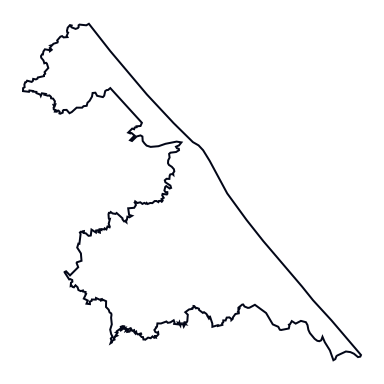 the district of Tecolutla, Veracruz, Mexico
{"feature_id": "50627088B65141848449255", "entity_name": "Tecolutla", "entity_type": "district", "adm_level": 2, "iso_a3": "MEX", "parent_name": "Mexico", "parent_adm1": "Veracruz", "projection": "natural_earth1", "projection_center": [-97.047, 20.419], "detail": "fine", "context": "isolated", "style": "outline", "palette": "ink", "viewbox_px": 384, "rotation_deg": 0, "n_neighbors": 0, "source": "geoboundaries", "source_scale": "gbopen_adm2", "svg_char_len": 5872}
<svg xmlns="http://www.w3.org/2000/svg" viewBox="0 0 384 384"><path d="M80.9,231.7L79.9,232.5L80.6,234.0L79.4,243.8L78.4,243.6L77.2,247.6L80.9,253.4L81.5,260.8L76.9,262.3L76.6,263.0L78.2,267.2L70.0,275.4L66.1,271.3L64.6,272.0L64.6,272.3L69.2,279.4L70.3,279.1L72.2,280.0L72.4,281.7L71.0,282.7L70.7,286.0L71.6,285.6L72.5,286.9L73.9,287.3L75.5,285.3L77.6,287.3L78.4,290.0L80.7,291.1L82.9,290.5L83.0,291.5L85.6,292.0L85.5,293.6L86.1,293.9L83.8,298.6L87.7,300.5L86.5,303.7L89.9,304.1L89.8,301.6L91.6,300.9L91.9,299.5L95.8,299.6L96.0,298.0L99.7,299.7L100.8,299.3L100.9,300.2L102.0,299.4L102.2,300.1L102.7,299.7L106.1,301.2L106.0,307.0L108.6,309.6L109.6,312.4L111.2,313.4L111.5,314.8L111.1,317.7L111.8,324.4L110.2,329.6L111.2,334.2L112.5,336.5L110.8,338.6L111.5,340.6L110.6,343.2L111.9,342.4L112.4,340.6L114.5,339.6L113.7,338.1L114.8,337.5L114.9,336.7L117.0,335.7L115.9,335.2L117.4,333.0L116.2,332.4L117.3,331.9L117.0,331.1L119.8,329.1L120.7,330.5L121.8,329.8L122.4,328.2L121.1,328.3L120.8,326.8L122.7,326.1L124.2,326.3L124.1,327.9L125.4,327.7L124.6,328.9L126.5,329.0L125.8,330.8L128.1,329.5L127.4,331.9L129.5,331.6L130.6,329.9L130.0,328.5L130.7,328.2L132.3,330.9L134.0,330.2L134.1,331.4L135.1,331.6L134.5,332.5L135.5,333.6L135.9,332.7L135.4,332.5L136.2,331.8L136.4,333.1L137.9,334.4L140.9,333.4L141.2,334.0L139.8,335.0L141.6,337.0L143.0,337.1L143.6,340.3L143.8,339.2L145.3,339.7L148.1,337.6L150.7,338.2L152.5,336.4L154.2,337.8L155.2,337.6L155.1,336.7L155.9,337.2L155.7,336.0L156.9,336.0L158.4,334.4L158.1,332.1L157.1,332.7L155.4,332.0L154.4,330.0L156.0,328.0L155.9,327.3L157.0,326.7L157.4,323.4L160.9,323.5L166.4,321.5L167.8,322.8L170.3,322.4L173.7,320.3L174.5,322.4L174.1,323.9L178.2,324.4L177.9,323.1L178.6,323.6L179.3,322.3L179.5,323.4L180.2,323.4L179.5,324.2L180.3,325.5L180.4,324.4L184.0,324.0L184.3,324.5L183.4,325.2L183.8,326.5L184.9,324.5L184.5,324.0L185.5,324.2L184.4,323.1L185.3,323.0L185.0,322.3L186.6,322.4L187.3,321.1L187.8,314.7L185.3,312.2L189.1,309.4L192.3,308.9L192.3,308.0L193.4,307.6L193.5,306.0L194.3,306.1L196.0,308.3L196.8,307.9L198.9,308.7L199.1,310.0L202.9,312.9L204.0,312.2L206.3,313.8L208.2,316.6L209.0,316.7L208.9,317.5L208.2,317.3L209.0,318.6L210.2,317.2L212.3,323.5L212.4,326.8L217.8,325.2L217.9,326.0L222.4,324.9L222.1,323.3L223.2,322.4L223.3,320.4L225.6,320.5L226.7,317.6L229.4,317.4L231.3,318.9L231.4,320.1L232.7,318.9L233.0,317.3L235.4,314.0L238.8,313.3L238.8,312.0L238.0,311.6L239.3,308.9L238.4,309.1L238.4,307.7L242.2,304.6L243.2,304.5L244.5,306.5L247.9,307.9L249.5,307.7L254.9,304.8L266.1,313.0L272.8,324.4L278.3,326.8L279.8,329.7L281.1,330.0L288.8,328.5L289.4,325.8L288.9,324.7L290.1,324.1L291.8,321.1L295.7,323.6L300.9,320.9L305.9,322.2L307.5,325.1L308.4,329.9L309.9,333.1L314.6,338.8L317.3,340.8L319.3,341.2L321.2,340.3L322.5,336.8L324.8,342.2L329.9,350.4L333.4,360.2L335.3,359.1L336.4,356.2L337.3,355.5L345.9,351.5L350.4,352.1L353.9,353.7L358.0,357.1L360.3,356.6L361.0,355.0L331.5,320.4L313.0,300.2L302.0,286.5L263.2,241.0L246.6,220.0L227.2,193.4L209.7,160.9L203.1,150.2L198.6,145.4L192.9,142.1L173.6,123.1L146.9,94.5L110.2,51.0L88.9,23.8L86.3,25.3L79.5,24.6L78.6,25.3L78.6,27.2L77.8,28.1L75.6,28.9L71.7,27.4L71.0,26.6L71.6,25.5L70.0,25.1L67.7,27.7L67.0,30.6L67.2,32.1L68.1,32.6L66.7,35.9L67.4,37.1L63.6,37.4L62.1,36.1L60.4,36.7L57.2,40.4L57.8,41.6L57.5,42.5L53.4,43.8L52.5,44.9L50.7,45.5L51.5,45.9L49.9,47.8L51.7,49.8L49.9,51.2L49.5,49.4L48.7,50.0L44.9,49.3L43.4,51.5L42.9,54.4L42.1,54.3L41.0,56.1L41.2,57.7L43.5,60.5L44.3,63.3L46.0,62.8L46.9,63.6L48.3,68.0L44.6,72.1L45.2,73.7L44.0,74.8L44.0,76.1L37.8,77.5L37.4,78.7L35.9,79.4L33.2,78.9L32.9,80.8L31.7,81.9L27.1,80.7L26.1,82.2L25.2,82.3L24.4,84.5L24.6,87.2L23.1,88.1L23.0,91.1L29.0,91.8L29.4,90.5L33.1,91.0L33.0,91.6L36.4,91.9L36.4,93.1L40.3,94.6L40.8,95.9L41.9,93.3L45.5,93.9L44.7,94.8L47.9,95.7L49.4,95.4L50.9,96.7L51.1,98.3L53.1,98.6L54.9,101.3L54.5,104.1L55.4,104.2L54.8,105.9L53.8,105.5L54.4,106.8L53.6,107.6L53.8,109.4L55.5,110.0L54.9,111.6L56.8,111.7L57.4,110.7L58.5,110.6L59.6,111.7L59.4,113.4L60.2,113.7L62.7,112.7L62.9,110.6L63.6,110.0L66.6,109.9L69.5,113.2L71.7,112.1L76.6,107.7L82.1,107.7L83.5,106.2L86.7,105.8L87.5,102.7L89.6,100.8L92.0,96.6L92.6,93.0L95.4,92.7L97.1,95.8L102.9,97.1L104.2,95.7L105.2,91.1L106.6,90.1L108.0,90.0L110.3,88.1L141.9,122.8L140.5,126.0L136.5,126.3L136.6,127.2L134.7,127.5L134.1,129.2L132.2,128.6L128.2,132.6L130.2,133.4L130.6,132.8L131.6,133.1L134.6,135.6L130.1,140.2L132.0,141.0L136.6,136.5L140.5,135.4L142.4,136.5L142.7,141.0L144.5,143.4L146.6,145.6L150.6,146.9L158.5,146.2L165.5,143.8L176.6,141.6L181.4,142.4L179.0,145.4L176.0,146.7L176.9,148.2L178.8,148.8L179.0,150.2L176.1,152.0L170.4,152.7L169.1,153.9L169.6,157.6L168.2,160.3L168.0,163.2L168.9,164.9L171.8,166.8L173.9,169.2L174.3,171.4L173.1,173.1L173.3,174.8L172.4,174.0L170.3,174.4L169.7,175.5L169.4,178.9L166.5,178.8L164.8,180.3L165.4,182.3L170.4,185.6L171.1,187.9L169.7,188.5L166.2,186.1L165.3,186.8L164.4,190.5L165.5,192.1L167.3,192.1L167.4,193.8L166.8,194.5L162.6,193.9L162.2,195.3L163.7,197.8L161.6,199.0L162.7,200.3L162.1,201.5L161.6,201.7L161.1,200.8L158.9,201.0L158.4,202.1L156.4,201.0L154.6,201.1L152.4,203.1L150.1,203.0L147.7,204.0L146.6,202.9L145.9,203.8L144.3,202.9L142.4,203.9L140.3,202.3L137.4,203.0L135.2,201.4L134.9,202.4L134.1,201.9L135.4,203.3L135.9,205.1L134.2,207.8L128.2,208.3L129.1,214.9L132.0,215.8L129.5,217.3L127.4,216.7L126.9,219.8L126.0,220.3L126.3,222.2L125.0,221.1L124.1,221.4L122.5,219.4L122.5,218.3L116.6,213.0L115.6,213.9L112.5,213.4L110.7,212.0L109.9,213.0L108.9,212.9L108.5,214.2L108.8,218.4L109.2,219.2L109.9,219.0L108.7,223.8L109.8,226.8L109.6,227.3L107.5,226.5L106.4,229.4L104.7,228.4L104.4,229.4L101.4,229.1L101.4,230.0L99.7,229.4L99.9,232.6L98.3,232.1L98.3,230.2L96.1,230.5L95.9,232.5L91.5,229.6L90.8,235.5L89.9,235.7L88.5,235.8L85.8,233.3L83.7,233.0L83.9,231.1L82.8,231.3L82.7,232.2L80.9,231.7Z" fill="none" stroke="#020617" stroke-width="2"/></svg>